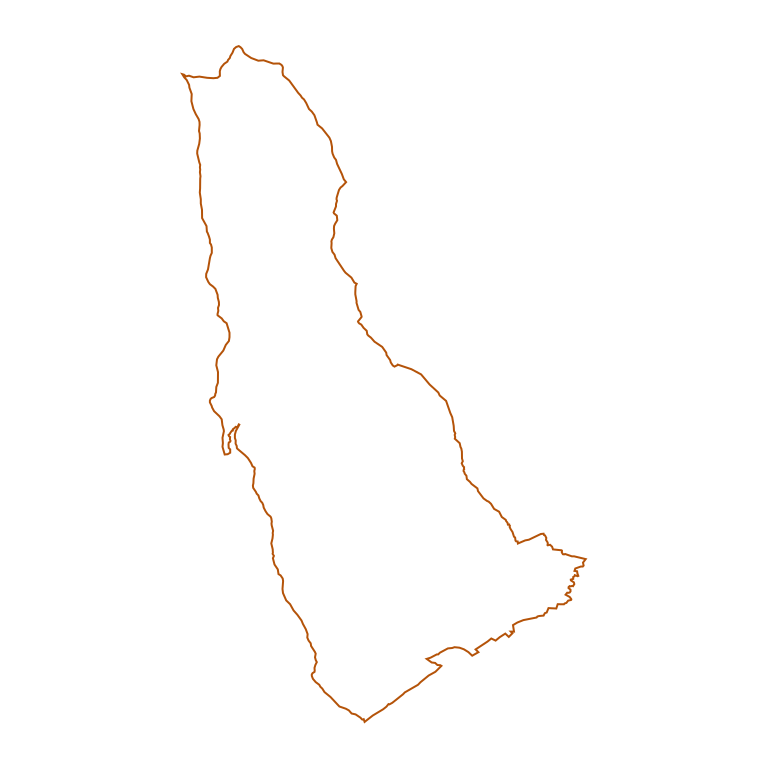 the district of Scundu, Vâlcea, Romania
{"feature_id": "2599482B73493695377242", "entity_name": "Scundu", "entity_type": "district", "adm_level": 2, "iso_a3": "ROU", "parent_name": "Romania", "parent_adm1": "Vâlcea", "projection": "albers", "projection_center": [24.173, 44.858], "detail": "fine", "context": "isolated", "style": "outline", "palette": "amber", "viewbox_px": 768, "rotation_deg": 0, "n_neighbors": 0, "source": "geoboundaries", "source_scale": "gbopen_adm2", "svg_char_len": 6068}
<svg xmlns="http://www.w3.org/2000/svg" viewBox="0 0 768 768"><path d="M583.6,565.6L583.0,562.6L585.7,559.1L574.0,556.3L571.8,556.3L565.1,554.0L564.1,554.4L562.9,554.2L561.8,552.4L562.0,550.8L561.6,550.3L553.0,549.4L552.1,546.7L550.1,544.8L547.7,545.3L547.5,545.1L547.8,543.3L547.6,542.4L546.0,539.9L546.3,537.9L545.0,535.4L544.0,535.0L543.6,533.7L540.8,534.0L528.9,539.7L525.2,540.4L517.9,543.5L517.7,541.5L516.1,541.3L515.5,540.6L515.1,537.5L514.0,536.7L512.5,532.0L510.6,529.1L509.6,526.9L509.9,525.8L509.3,525.1L509.2,524.5L507.9,524.6L507.5,522.7L506.1,521.0L505.8,519.9L501.8,517.0L499.1,511.7L494.1,508.9L491.0,503.8L488.6,501.6L487.1,501.0L483.5,498.4L478.0,491.1L477.4,488.4L471.5,483.9L470.0,481.9L466.9,479.2L466.4,475.7L464.7,473.7L464.4,472.3L463.6,471.2L463.6,470.0L464.2,469.2L463.9,468.0L464.1,467.2L462.8,465.8L461.7,463.3L462.8,461.2L462.0,458.5L461.9,451.7L461.3,448.5L460.5,447.0L459.7,443.2L454.8,438.7L455.2,437.1L454.7,434.9L455.3,433.4L454.0,430.9L453.7,425.9L452.2,417.2L450.3,413.0L446.1,400.9L439.7,395.5L438.3,392.5L429.6,384.5L421.1,374.4L411.4,369.2L397.7,364.6L397.3,365.2L394.5,366.6L392.8,365.5L390.8,362.5L390.1,360.0L386.6,355.1L386.2,352.6L382.2,346.9L374.5,341.7L370.9,337.6L368.3,335.6L367.3,334.4L366.7,330.8L363.6,327.9L361.3,324.6L359.2,323.4L358.3,322.3L358.0,321.4L361.5,317.1L361.6,316.5L360.3,311.9L358.6,309.9L356.5,302.8L356.6,301.3L355.3,294.3L355.3,292.1L355.6,286.1L356.7,283.8L354.4,282.6L351.4,277.6L345.5,272.7L344.0,270.8L335.6,258.2L334.5,254.6L332.4,251.9L331.3,248.0L331.6,243.0L331.4,241.4L331.9,239.6L333.4,237.2L334.3,233.3L333.9,228.7L334.1,226.0L335.1,223.8L337.3,220.2L336.8,215.7L334.0,213.4L333.6,212.4L336.0,206.4L336.0,204.0L337.0,200.8L336.5,199.1L336.7,197.5L339.0,189.9L340.6,187.5L342.4,186.1L346.1,182.1L343.8,179.3L341.9,174.1L337.1,163.9L336.0,159.9L334.2,157.5L332.6,153.7L332.1,151.3L332.0,146.8L330.9,141.1L329.4,137.7L322.1,128.4L317.5,124.7L317.0,122.6L314.4,115.2L311.8,111.6L309.0,109.0L306.2,103.0L304.0,99.4L302.0,97.7L300.6,95.5L298.2,92.9L289.2,80.5L283.9,76.2L283.0,75.2L282.5,72.0L282.9,67.6L282.5,66.3L281.5,64.9L279.3,63.5L273.3,63.6L263.6,60.3L258.3,60.7L251.2,58.0L245.0,53.9L243.6,52.2L242.2,49.0L240.5,47.2L238.7,46.1L236.2,47.0L234.0,48.9L232.5,52.7L230.4,56.0L229.8,58.0L228.1,59.9L227.4,61.6L224.2,63.8L221.5,67.0L220.4,69.1L219.8,71.3L219.9,75.9L217.5,77.8L213.4,78.2L207.1,77.8L199.4,76.6L193.6,77.3L189.0,75.7L186.0,76.4L184.0,74.7L182.3,74.2L184.3,77.4L186.7,80.0L189.1,84.9L189.4,87.6L191.7,94.0L191.4,101.2L193.4,109.0L195.8,114.2L198.6,119.0L199.5,121.9L199.6,125.0L199.0,131.0L199.7,133.5L199.9,138.5L199.2,143.9L197.3,150.7L197.2,153.6L199.3,162.4L200.2,164.9L199.9,167.2L200.2,169.6L199.9,172.2L200.5,176.2L200.2,178.7L200.1,188.6L199.8,192.6L200.8,199.2L200.8,203.5L202.0,209.8L202.1,218.1L206.5,226.1L206.9,231.7L207.5,232.6L209.0,236.5L209.9,239.6L209.9,243.0L211.0,244.5L211.8,247.5L211.8,252.9L210.5,255.8L209.9,258.2L208.0,269.4L206.2,273.9L206.1,277.2L208.4,282.1L209.9,284.2L213.0,286.5L215.4,288.9L217.6,294.8L217.8,297.8L218.9,302.0L219.0,305.0L218.0,307.9L218.3,310.9L217.5,314.2L217.6,315.3L221.7,318.4L223.8,321.3L226.6,323.2L229.5,332.7L229.5,337.2L228.9,341.0L225.8,344.9L223.3,350.6L218.4,356.6L217.0,359.3L216.3,365.3L218.0,372.1L217.9,382.8L216.3,387.0L216.0,392.4L215.3,393.8L215.1,395.5L214.2,397.0L211.5,398.1L210.5,399.1L209.9,400.6L209.9,402.4L211.7,406.0L212.1,407.5L214.1,411.2L219.5,416.3L221.7,419.3L222.4,425.1L223.7,429.6L223.9,431.2L222.5,437.8L222.9,443.1L222.5,446.8L224.7,454.5L227.7,454.2L230.2,452.7L230.2,449.4L228.7,447.9L228.5,444.4L228.8,442.5L230.2,441.7L230.5,440.9L229.9,439.4L230.1,437.0L229.1,436.3L228.5,435.0L230.0,433.7L230.2,433.0L231.9,430.7L232.5,430.7L232.5,430.3L233.1,429.9L232.9,429.3L233.2,428.9L234.5,428.1L235.7,426.8L237.4,427.2L238.8,424.4L239.3,424.7L235.9,430.9L234.9,434.5L234.9,438.0L235.7,440.4L235.6,443.7L236.7,445.9L236.9,448.1L237.3,448.7L244.9,455.1L247.9,458.1L251.0,462.9L252.5,466.3L254.6,467.6L254.8,469.0L254.3,471.0L254.6,473.8L253.6,478.7L253.4,483.2L252.9,485.6L253.2,487.9L255.9,491.9L256.7,493.7L258.4,495.4L259.3,498.4L260.7,501.2L262.2,502.7L263.2,504.9L263.7,507.6L265.6,511.3L267.5,514.1L270.6,516.7L271.3,518.3L271.8,521.6L271.5,523.6L271.7,525.3L273.1,530.8L272.7,533.0L272.9,534.7L272.5,538.4L271.3,543.4L272.7,549.3L272.9,552.8L272.6,553.8L273.9,555.9L272.9,558.2L274.5,564.5L277.8,569.4L278.5,574.1L280.6,575.4L282.7,578.5L283.1,581.0L282.5,589.0L283.0,593.1L286.2,600.4L290.1,604.2L293.6,610.5L297.4,614.8L301.5,620.5L302.9,623.9L305.8,629.2L307.6,634.1L307.3,637.6L308.6,640.6L310.7,643.3L311.1,646.0L314.9,651.9L315.7,653.7L315.0,657.3L315.8,660.2L316.8,662.1L315.4,664.9L314.5,667.9L314.7,670.6L314.5,671.9L312.6,673.1L311.8,674.4L311.8,675.9L312.9,678.8L315.7,682.1L319.3,684.8L320.3,686.7L322.3,688.6L324.5,692.1L330.5,697.0L339.4,706.5L345.8,708.7L348.9,710.4L351.6,713.5L355.6,714.4L360.5,717.7L362.0,719.4L362.7,719.6L363.7,719.2L364.6,721.9L372.8,715.5L383.1,709.3L386.4,706.7L388.5,704.1L389.4,704.4L392.3,702.8L403.1,694.2L404.8,692.4L418.0,684.8L420.5,682.2L428.7,675.5L435.4,671.8L441.4,665.9L440.3,665.2L437.4,665.0L435.1,662.9L431.7,662.5L426.7,658.9L430.5,657.7L436.8,654.4L438.2,654.4L439.9,652.7L447.9,648.4L452.2,648.0L454.5,647.2L459.5,647.7L463.9,649.3L468.4,652.1L472.2,655.7L478.4,652.2L475.6,649.4L487.6,641.5L491.3,638.5L495.6,640.6L499.7,637.2L505.3,633.6L508.8,636.9L512.4,633.3L510.8,631.6L514.0,631.6L513.0,625.1L517.4,622.5L523.4,620.1L536.6,617.5L537.4,616.5L539.2,616.0L543.6,615.6L544.8,613.2L546.7,612.5L548.5,608.1L556.3,608.5L557.7,604.2L563.9,604.3L564.6,603.5L566.4,602.9L568.2,600.6L571.0,600.0L571.3,599.6L571.2,599.0L569.6,596.9L565.6,594.7L567.2,592.7L568.7,592.8L569.8,592.4L570.5,591.4L570.5,589.7L568.5,588.0L568.7,586.9L569.7,586.1L570.5,586.4L572.2,585.9L573.0,586.2L574.3,584.1L573.9,582.4L570.9,580.4L570.8,579.6L573.2,578.9L573.2,577.0L574.5,576.2L574.8,575.2L577.7,576.2L578.3,575.9L577.4,573.4L577.1,571.3L574.5,570.9L575.3,568.5L580.9,566.5L582.8,566.5L583.6,565.6Z" fill="none" stroke="#b45309" stroke-width="2"/></svg>